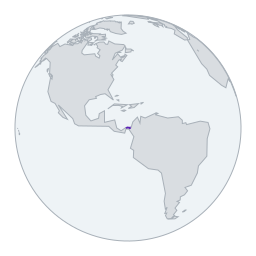 globe centered on Kuna Yala, rotated 339°
{"feature_id": "PAN-1419", "entity_name": "Kuna Yala", "entity_type": "Indigenous Territory", "adm_level": 1, "iso_a3": "PAN", "parent_name": "Panama", "parent_adm1": "", "projection": "orthographic", "projection_center": [-78.371, 9.056], "detail": "fine", "context": "on_globe", "style": "filled", "palette": "violet", "viewbox_px": 256, "rotation_deg": 339, "n_neighbors": 0, "source": "natural_earth", "source_scale": "10m", "svg_char_len": 8267}
<svg xmlns="http://www.w3.org/2000/svg" viewBox="0 0 256 256"><g transform="rotate(339 128 128)"><circle cx="128" cy="128" r="113" fill="#eef3f6" stroke="#a8b0b8"/><path d="M128.4,129.4L125.7,128.2L123.1,131.6L113.9,126.1L110.6,119.5L82.6,108.3L79.7,104.9L79.8,99.4L71.2,81.5L74.6,98.2L71.1,94.8L68.4,88.8L70.1,87.4L68.7,78.9L65.7,75.6L66.2,65.4L73.7,53.3L74.5,55.2L76.2,52.3L75.3,49.9L74.3,49.1L78.9,38.8L76.9,33.9L72.7,35.1L76.5,33.0L65.9,37.5L62.6,38.2L68.6,35.9L71.0,34.5L69.8,34.0L72.0,32.6L72.6,31.6L75.3,30.1L78.6,29.3L80.4,28.4L79.5,28.1L81.6,26.7L82.7,27.1L86.5,24.8L92.8,23.8L93.6,27.6L99.3,27.0L106.0,31.2L107.6,30.0L111.2,31.3L114.4,30.6L114.7,31.9L117.0,30.2L116.1,29.2L116.8,28.1L118.6,27.7L119.3,29.2L118.5,29.6L119.7,29.9L119.3,30.9L120.5,30.1L121.2,32.2L123.2,29.6L126.0,30.8L125.7,32.4L122.2,32.9L113.0,39.1L111.7,41.5L113.3,44.0L123.6,46.8L123.6,49.4L126.1,52.4L127.7,50.5L126.3,47.5L130.0,45.0L127.9,42.0L129.0,40.7L128.2,37.7L132.1,37.6L136.3,39.1L137.2,41.7L139.0,42.6L141.3,39.9L145.8,44.8L153.9,48.6L154.7,50.2L150.7,53.2L142.9,53.6L137.7,58.9L144.9,55.0L146.7,59.6L148.6,60.3L150.7,60.0L151.5,58.1L153.0,59.8L146.4,63.9L145.0,62.4L147.1,61.0L143.5,61.4L139.1,64.8L140.3,67.2L132.3,70.9L133.1,72.8L131.8,74.8L131.1,71.5L132.2,77.7L123.0,85.1L124.4,96.7L118.9,87.8L114.4,86.9L109.0,87.1L109.2,89.0L101.9,87.7L95.4,91.7L93.2,101.0L95.9,108.1L104.0,108.4L106.3,104.3L112.2,103.5L108.1,114.3L118.5,115.7L117.5,123.9L120.6,128.1L125.7,126.9L131.0,128.8L134.7,124.0L140.7,121.2L140.9,127.8L144.1,121.7L147.6,124.8L159.4,124.0L158.5,125.6L168.6,132.9L179.1,135.6L181.5,140.2L180.3,143.3L183.9,143.8L183.9,145.8L197.9,147.5L204.7,151.5L204.2,158.1L198.1,166.4L191.5,182.6L180.2,188.6L176.6,194.9L166.6,204.1L159.9,203.9L161.1,208.0L156.8,210.6L152.2,211.0L150.9,213.9L147.5,214.1L149.4,215.9L143.2,219.6L144.1,222.4L139.4,225.2L140.2,226.7L138.7,226.7L136.9,227.3L136.5,228.2L132.1,226.8L131.6,223.2L133.7,221.3L131.7,221.0L136.2,216.0L133.8,217.1L135.5,209.3L139.5,202.5L143.1,182.1L140.9,178.0L132.5,173.3L122.4,157.5L125.3,150.9L123.0,147.8L130.4,138.2L128.4,129.4ZM24.0,95.6L24.8,93.1L24.8,94.8L24.0,95.6ZM25.1,91.5L24.8,92.4L25.0,91.6L25.1,91.5ZM25.0,90.9L25.0,91.3L24.9,91.1L25.0,90.9ZM24.7,90.5L24.9,90.6L24.7,90.5ZM123.9,100.6L135.7,106.0L129.1,106.9L130.4,105.8L127.4,103.5L121.8,101.5L116.0,102.9L123.9,100.6ZM24.7,89.1L24.8,88.7L25.0,88.5L24.7,89.1ZM129.0,94.1L126.9,93.7L128.9,93.6L129.0,94.1ZM73.4,49.0L75.0,50.1L75.1,53.0L73.5,52.2L73.4,49.0ZM73.7,44.2L75.0,44.1L73.0,46.7L72.8,45.9L73.7,44.2ZM69.1,36.5L70.0,36.7L68.4,37.0L69.1,36.5ZM72.2,31.8L71.3,32.2L72.1,31.6L72.2,31.8ZM126.2,38.1L127.2,37.9L126.8,38.5L126.2,38.1ZM124.9,37.0L123.7,37.9L122.9,37.5L123.6,37.0L124.9,37.0ZM76.8,28.7L78.3,27.7L77.4,28.6L76.8,28.7ZM126.5,36.1L121.6,36.8L120.3,36.2L121.9,33.8L126.5,36.1ZM79.6,27.1L83.1,25.0L81.3,25.7L88.4,22.9L83.0,25.4L82.2,26.2L81.3,26.3L79.6,27.1ZM115.0,29.0L116.1,30.1L113.5,29.7L115.0,29.0ZM113.2,29.0L104.4,29.8L103.7,28.2L106.8,28.2L104.6,26.7L108.6,25.5L110.7,26.1L110.4,27.3L112.2,26.0L113.2,29.0ZM91.7,21.9L93.1,21.4L92.3,21.7L91.7,21.9ZM116.8,27.7L115.1,27.9L114.4,26.5L117.7,25.9L116.9,26.5L116.8,27.7ZM102.1,27.0L102.1,26.0L105.4,24.7L105.9,24.2L108.7,25.4L102.1,27.0ZM118.0,26.6L119.4,25.7L121.4,26.0L118.5,27.5L118.0,26.6ZM112.8,26.4L112.7,25.8L113.8,25.9L112.8,26.4ZM129.2,27.0L127.2,27.0L126.6,26.2L129.2,27.0ZM119.9,25.3L119.2,25.2L118.7,25.0L120.1,24.5L119.9,25.3ZM110.8,24.5L112.1,24.3L109.8,23.9L112.1,23.2L113.6,24.1L113.9,23.4L114.7,23.2L115.0,24.3L110.8,24.5ZM120.1,23.3L122.7,24.6L126.7,24.6L127.3,25.2L120.8,25.1L120.1,23.3ZM117.1,23.7L119.1,23.6L118.8,24.3L117.3,24.9L117.1,23.7ZM113.2,22.3L109.2,23.3L109.1,23.0L113.2,22.3ZM121.3,23.1L120.6,22.8L121.6,23.0L121.3,23.1ZM115.8,22.3L114.4,22.7L114.2,22.4L115.8,22.3ZM120.5,22.1L121.3,22.4L120.3,22.8L120.5,22.1ZM118.4,22.1L118.5,21.6L119.4,22.7L117.8,22.2L118.4,22.1ZM115.8,22.0L115.3,22.0L116.4,22.0L115.8,22.0ZM123.8,20.7L125.3,21.9L123.0,22.6L121.9,21.3L123.8,20.7ZM139.3,229.6L132.4,227.3L136.4,228.4L139.6,227.0L143.0,228.8L139.3,229.6ZM148.5,225.9L152.0,225.0L152.7,225.4L150.4,226.2L148.5,225.9ZM213.0,54.1L211.3,52.2L206.6,48.0L208.9,50.4L213.5,54.6L213.4,54.6L216.5,58.4L214.0,55.5L208.4,50.8L209.4,54.0L215.7,64.9L215.2,66.9L212.4,66.2L204.9,56.7L206.9,53.6L204.3,50.7L199.4,47.7L200.4,47.2L198.7,45.8L199.1,44.7L195.2,40.3L194.8,39.2L189.1,35.1L188.1,34.1L191.8,36.7L194.2,38.1L192.9,36.1L191.4,35.0L187.8,32.6L184.5,30.6L182.4,29.4L189.2,33.5L195.7,38.0L201.8,42.9L207.6,48.3L213.0,54.1ZM181.8,29.0L182.3,29.5L178.0,27.3L174.0,25.3L172.8,24.8L179.3,28.2L181.8,29.6L183.7,30.5L190.6,34.9L192.0,36.2L185.2,32.4L186.4,34.0L180.6,30.8L166.5,22.8L162.8,21.1L164.5,21.4L169.5,23.3L181.8,29.0ZM91.2,21.5L90.1,21.9L90.3,21.9L92.2,21.2L88.4,22.9L81.3,25.7L81.2,25.6L76.9,27.7L77.1,27.5L91.2,21.5ZM240.3,137.2L240.5,131.0L240.4,122.6L240.1,119.7L239.8,121.5L239.1,118.1L238.6,118.6L233.8,125.5L230.7,121.7L223.0,108.1L222.7,101.3L219.8,94.4L215.1,67.3L217.4,67.4L217.5,61.0L218.1,61.3L221.6,66.5L224.0,69.0L227.9,75.9L231.3,83.1L234.2,90.5L236.6,98.0L238.4,105.7L239.7,113.5L240.4,121.4L240.6,129.3L240.3,137.2ZM220.5,79.7L221.6,81.8L220.5,79.7ZM159.8,123.9L161.2,125.1L159.4,125.3L159.8,123.9ZM128.3,109.6L130.8,109.7L132.1,110.7L130.2,111.1L128.3,109.6ZM148.9,109.2L151.7,109.6L148.8,110.3L148.9,109.2ZM137.6,106.7L146.6,109.0L141.0,111.1L135.3,109.8L139.2,109.1L137.6,106.7ZM127.9,97.9L129.5,98.3L129.1,99.5L127.9,97.9ZM130.4,94.1L129.8,94.2L129.0,93.2L130.4,94.1ZM147.1,59.3L147.7,59.0L149.9,59.1L148.9,59.9L147.1,59.3ZM159.0,55.3L161.0,58.1L159.0,56.5L158.0,58.0L152.5,56.7L154.8,51.0L154.7,53.7L159.0,55.3ZM145.8,53.9L149.0,55.0L145.4,54.0L145.8,53.9ZM188.8,40.1L190.4,40.4L192.4,42.2L192.7,44.6L189.9,41.9L188.8,40.1ZM192.1,40.6L185.2,36.7L184.7,35.4L186.2,36.7L186.5,36.2L189.0,38.3L195.2,41.3L197.3,43.2L196.9,46.0L195.8,43.9L194.4,43.5L192.1,40.6ZM168.6,31.9L165.7,31.0L168.4,29.1L170.9,30.3L171.4,32.4L168.8,32.5L168.6,31.9ZM130.4,32.1L129.1,32.4L128.9,31.9L129.8,31.2L130.4,32.1ZM128.3,27.0L135.9,30.2L134.8,30.7L140.6,32.4L139.9,34.4L136.2,33.2L139.9,36.3L136.3,36.0L139.2,38.0L131.0,35.0L127.8,35.2L131.6,34.2L132.3,32.2L131.7,31.4L127.6,29.4L121.2,29.1L121.0,27.4L122.4,26.3L123.9,26.1L123.6,27.2L125.8,26.2L126.6,27.6L128.3,27.0ZM140.0,18.9L139.1,19.5L143.6,19.1L144.4,20.0L144.8,19.9L146.8,20.7L149.9,21.6L149.8,22.0L151.1,22.2L152.4,22.9L154.1,23.4L154.4,24.4L156.6,25.1L155.5,25.2L159.1,26.3L156.6,26.0L158.0,27.0L159.7,26.8L157.2,32.6L158.1,35.8L160.2,38.8L155.5,38.3L150.5,35.4L146.0,31.7L145.8,28.9L143.8,29.4L143.1,28.3L145.0,28.4L141.6,27.6L141.5,26.7L137.5,24.5L132.6,24.2L131.1,23.6L133.0,23.2L130.1,22.8L132.5,21.8L131.5,21.4L132.8,20.2L137.1,20.1L135.6,19.6L136.5,18.9L140.0,18.9ZM124.4,20.3L129.3,19.6L132.1,19.9L128.5,22.0L129.2,22.5L127.0,24.2L122.9,23.9L123.9,23.4L123.9,22.9L125.2,23.2L124.2,22.6L125.6,21.9L125.2,21.3L126.9,21.2L124.4,20.3ZM216.6,59.1L216.7,58.9L216.3,58.2L218.2,60.8L216.6,59.1ZM212.9,55.9L212.7,55.3L215.3,58.2L215.2,58.5L212.9,55.9ZM210.3,52.6L212.4,55.0L211.2,53.9L210.3,52.6ZM191.3,36.1L190.8,35.5L191.6,36.0L192.9,37.0L191.3,36.1ZM153.6,19.3L152.6,19.3L151.9,19.1L148.2,18.6L147.4,18.2L149.3,18.2L153.6,19.3ZM152.0,18.7L150.6,18.5L151.1,18.4L152.0,18.7ZM146.6,17.8L146.7,17.6L146.8,18.0L146.6,17.8ZM130.5,15.4L129.7,15.4L129.4,15.4L130.5,15.4ZM142.0,16.4L143.8,16.6L143.4,16.7L142.0,16.4ZM92.4,21.5L93.0,21.4L91.8,21.8L92.4,21.5Z" fill="#d9dde1" stroke="#a8b0b8" stroke-width="1"/><path d="M129.9,128.8L129.8,129.0L129.7,129.0L129.7,128.9L129.5,128.7L129.4,128.7L129.2,128.4L129.0,128.2L128.9,128.1L128.7,128.0L128.6,127.9L128.4,127.8L128.4,127.7L128.2,127.7L127.9,127.6L127.8,127.4L127.7,127.4L127.7,127.5L127.4,127.4L127.2,127.4L126.9,127.4L126.9,127.5L126.7,127.6L126.4,127.5L126.2,127.5L126.3,127.5L126.4,127.4L126.5,127.4L126.6,127.2L126.8,127.0L126.7,127.1L126.8,127.2L127.0,127.3L127.2,127.2L127.3,127.2L127.4,127.3L127.5,127.3L127.6,127.2L127.7,127.3L127.8,127.3L128.0,127.4L128.1,127.5L128.3,127.5L128.5,127.6L128.8,127.8L128.9,128.0L129.0,128.0L129.0,127.9L129.0,128.0L129.2,128.3L129.3,128.3L129.4,128.5L129.5,128.5L129.4,128.5L129.4,128.4L129.5,128.4L129.5,128.5L129.7,128.8L129.8,128.8L129.9,128.7L129.9,128.8L129.9,128.8Z" fill="#8b5cf6" stroke="#5b21b6" stroke-width="1.5"/></g></svg>